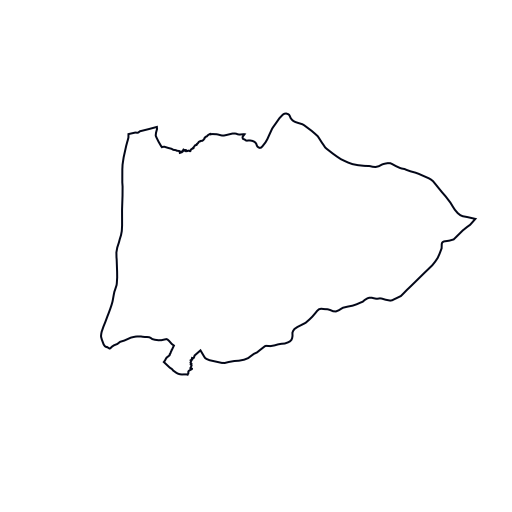 outline of Sabaneta, Antioquia, Colombia, rotated 300°
{"feature_id": "7082276B45005796223132", "entity_name": "Sabaneta", "entity_type": "district", "adm_level": 2, "iso_a3": "COL", "parent_name": "Colombia", "parent_adm1": "Antioquia", "projection": "albers", "projection_center": [-75.61, 6.138], "detail": "fine", "context": "isolated", "style": "outline", "palette": "ink", "viewbox_px": 512, "rotation_deg": 300, "n_neighbors": 0, "source": "geoboundaries", "source_scale": "gbopen_adm2", "svg_char_len": 6075}
<svg xmlns="http://www.w3.org/2000/svg" viewBox="0 0 512 512"><g transform="rotate(300 256 256)"><path d="M297.8,84.6L294.8,86.3L291.9,87.1L290.6,87.4L286.5,88.5L275.4,92.0L270.8,93.8L268.3,94.8L266.2,95.9L264.4,96.8L252.9,103.4L249.5,105.7L241.4,110.3L229.2,116.8L215.6,124.7L211.7,126.7L210.2,127.4L206.5,128.7L202.5,129.6L199.2,130.5L194.0,131.6L189.3,133.3L185.0,135.9L183.6,136.9L172.9,143.6L168.0,146.5L162.8,149.1L162.3,149.3L161.1,149.8L156.0,150.9L154.3,151.2L151.3,152.2L146.3,154.0L144.5,154.6L142.5,155.1L141.3,155.4L137.3,156.2L132.7,157.0L130.0,157.4L123.5,158.5L118.5,159.2L114.9,159.9L113.3,160.2L111.5,160.8L109.4,161.7L108.5,162.3L106.6,164.2L104.7,166.5L103.3,168.2L103.0,168.7L102.8,169.2L102.3,170.3L102.3,171.9L102.4,172.2L102.7,172.4L102.7,172.7L102.6,174.9L102.7,175.6L103.3,176.0L105.5,176.6L107.7,177.7L110.5,179.9L113.7,181.2L116.9,184.2L120.6,186.9L122.7,188.4L124.4,190.2L126.3,192.4L127.1,193.7L128.8,196.6L129.3,198.0L130.3,200.3L131.3,202.0L132.2,204.0L132.4,205.5L132.2,207.7L132.9,210.3L134.3,213.7L135.8,216.2L138.2,218.8L139.3,220.1L139.4,221.3L139.0,223.2L137.7,227.0L137.4,229.7L132.5,230.1L132.3,230.0L132.1,230.1L131.3,230.2L130.5,230.2L129.7,230.4L129.4,230.5L129.0,230.5L127.9,230.4L127.7,230.5L127.8,230.6L127.5,230.7L127.4,230.6L127.2,230.6L126.8,230.7L126.6,230.7L125.8,230.4L123.5,229.5L123.4,229.4L122.7,229.4L122.4,229.3L122.0,229.3L121.2,229.4L120.6,229.4L119.4,229.4L119.0,229.3L118.6,229.3L118.1,229.2L117.0,233.8L116.2,237.2L116.1,239.3L115.9,240.3L115.7,240.8L115.4,241.4L115.0,245.6L115.1,247.4L115.4,248.7L115.9,250.1L116.4,251.2L117.7,253.2L118.7,255.0L119.0,256.1L119.7,256.0L120.3,256.1L120.7,256.0L121.8,255.3L122.2,255.2L122.7,255.2L123.7,255.6L125.8,256.9L126.1,257.0L126.3,256.9L125.8,255.9L126.0,255.4L126.1,255.2L127.3,255.2L129.1,254.9L129.3,254.8L129.4,254.6L129.4,254.4L129.4,253.7L129.5,253.6L130.5,253.8L130.9,252.6L132.2,252.4L132.9,252.4L133.2,252.3L133.3,252.1L133.3,251.9L133.3,251.7L134.1,252.1L134.2,252.4L134.4,252.5L134.5,252.4L134.6,252.2L135.2,251.7L135.7,251.6L135.8,252.5L136.3,252.6L136.5,252.9L136.6,253.0L137.0,253.0L137.8,252.9L138.0,252.8L138.3,252.7L138.9,252.7L139.2,252.6L146.5,255.1L144.2,259.2L142.9,261.5L142.2,263.0L142.1,264.6L142.5,267.8L146.3,279.8L147.7,282.4L150.5,285.3L154.2,289.7L156.8,293.6L160.3,297.6L163.7,300.3L166.1,301.3L170.2,303.1L173.0,305.1L176.4,306.4L182.3,308.8L183.2,309.6L185.2,313.6L187.9,316.8L190.4,319.2L192.6,321.8L194.6,324.7L197.2,326.9L199.1,328.1L201.0,328.6L202.8,328.4L205.0,327.6L207.8,325.9L209.8,325.6L212.0,325.8L215.3,327.4L223.0,332.4L227.7,334.0L231.6,335.1L235.9,335.9L239.1,336.4L241.4,337.2L242.9,338.8L244.3,342.0L245.7,344.7L246.3,347.2L246.7,350.4L247.9,352.9L250.5,354.9L252.8,356.1L254.7,357.2L258.0,360.7L261.3,364.5L264.5,367.3L267.9,369.8L269.8,371.3L272.2,372.1L275.1,373.7L276.5,375.0L277.7,377.0L278.3,379.1L279.1,381.5L279.9,382.8L281.3,384.5L282.0,386.2L282.9,390.0L284.5,394.6L285.8,396.1L287.8,397.4L289.5,398.6L292.9,400.9L293.8,401.5L297.5,402.5L302.3,403.7L307.7,405.3L325.7,410.3L334.7,412.9L336.1,413.3L340.8,414.0L345.2,414.3L349.3,413.9L351.9,413.5L355.5,412.9L359.2,410.9L360.2,410.6L360.9,410.6L361.7,410.9L362.7,411.6L364.4,413.8L366.0,415.8L369.2,418.9L381.6,422.3L386.7,424.3L390.0,425.8L393.3,426.5L397.8,427.4L395.4,419.6L393.8,415.1L393.5,412.5L394.0,409.2L395.5,405.0L397.2,401.7L399.4,397.7L402.4,390.5L404.3,385.0L405.9,380.8L407.9,375.6L409.3,371.9L409.7,369.2L409.7,366.8L408.9,359.6L408.5,355.8L407.9,352.4L406.6,347.5L405.8,343.2L405.6,341.2L404.6,338.4L404.2,336.5L403.8,332.2L403.7,327.9L403.5,325.9L402.3,323.7L400.7,321.8L399.3,320.3L398.1,319.3L395.2,317.5L392.8,315.0L391.6,312.4L390.7,309.4L388.3,304.9L385.6,298.8L383.8,293.6L383.0,289.2L382.6,285.0L382.3,281.1L382.6,276.3L383.1,271.3L384.2,263.4L384.6,261.6L386.0,258.8L387.1,256.4L389.4,252.0L390.6,249.6L391.4,245.9L392.2,241.6L393.3,232.3L393.3,230.3L392.8,228.1L392.3,226.0L391.7,223.0L391.6,220.8L392.0,218.9L392.8,217.0L394.1,215.3L394.8,214.1L394.9,212.9L394.5,210.9L393.8,209.9L392.9,209.1L391.9,208.6L390.8,208.3L387.1,207.4L380.3,206.8L376.2,206.4L374.4,206.3L373.3,206.4L366.8,207.0L362.9,207.4L359.1,207.4L354.1,206.7L352.4,206.2L351.5,205.2L351.3,203.9L351.5,202.5L352.1,201.5L353.3,200.1L353.9,198.8L354.1,197.4L353.9,195.4L353.1,193.1L352.5,192.0L351.3,190.4L351.0,189.3L351.0,189.2L351.2,188.2L351.1,187.2L350.9,186.5L351.1,185.9L351.9,185.1L352.8,184.8L354.2,185.0L355.7,185.2L355.5,184.7L352.9,181.0L352.3,179.5L352.0,177.7L351.5,176.4L350.2,174.3L346.1,170.0L344.2,167.9L343.2,166.0L342.2,162.3L341.6,160.7L341.1,159.8L340.0,157.6L339.2,156.4L338.7,155.9L339.0,155.5L338.8,155.3L338.5,155.0L337.9,154.7L337.1,154.2L336.1,153.8L335.8,153.8L335.4,153.7L335.0,153.6L334.7,153.4L334.5,153.1L334.1,152.9L333.6,152.7L333.1,152.5L332.7,152.4L332.3,152.6L332.1,152.7L331.9,152.7L331.0,152.5L330.1,152.4L329.6,152.2L329.4,152.1L328.9,151.8L328.7,151.7L328.2,150.8L328.0,150.6L327.4,150.4L327.1,149.9L326.1,149.4L324.5,149.3L324.3,149.2L324.2,149.1L323.7,148.9L323.4,148.8L323.1,149.0L322.8,149.0L322.4,149.0L322.2,148.8L321.9,148.3L321.7,148.1L321.3,147.9L320.6,147.8L319.9,147.8L318.8,147.6L318.1,147.4L317.9,147.8L317.4,147.5L316.5,146.8L315.8,146.5L315.3,146.4L314.2,146.7L313.8,146.5L313.7,146.1L313.6,145.2L313.5,144.9L312.9,144.3L312.4,143.9L312.2,143.7L312.5,143.1L312.7,142.6L312.7,142.4L312.4,141.7L312.2,141.5L311.7,141.8L311.7,141.7L311.8,141.6L311.9,141.4L311.8,141.2L311.7,141.4L311.6,141.2L311.4,141.3L311.3,141.2L311.3,140.8L311.9,140.3L311.9,140.0L310.7,140.0L310.5,140.3L310.3,140.3L310.3,140.1L310.0,140.0L309.2,139.3L308.7,139.8L307.7,138.9L307.4,138.7L307.2,138.5L307.8,138.0L308.4,137.5L308.6,137.3L307.5,134.5L307.6,133.7L306.6,131.3L306.6,129.2L305.7,126.0L304.8,122.0L303.9,120.7L303.6,120.4L303.2,120.1L303.6,119.1L306.3,114.4L308.7,110.8L309.5,109.7L310.0,109.1L310.6,108.7L311.6,108.3L312.7,107.8L314.9,107.2L316.5,106.8L317.9,105.8L318.2,105.6L312.4,99.8L307.2,94.4L306.1,93.2L305.0,92.7L304.2,92.4L303.7,92.0L303.3,91.4L302.6,89.8L297.8,84.6Z" fill="none" stroke="#020617" stroke-width="2"/></g></svg>